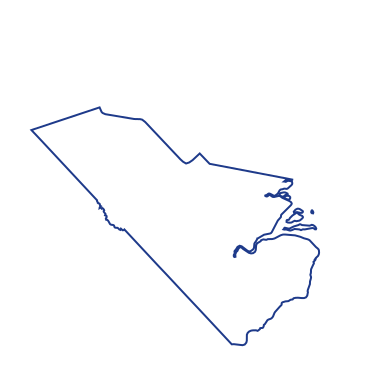 an SVG outline of Western, rotated 317°
{"feature_id": "PNG-1248", "entity_name": "Western", "entity_type": "Province", "adm_level": 1, "iso_a3": "PNG", "parent_name": "Papua New Guinea", "parent_adm1": "", "projection": "equal_earth", "projection_center": [142.614, -7.162], "detail": "fine", "context": "isolated", "style": "outline", "palette": "blue", "viewbox_px": 384, "rotation_deg": 317, "n_neighbors": 0, "source": "natural_earth", "source_scale": "10m", "svg_char_len": 5439}
<svg xmlns="http://www.w3.org/2000/svg" viewBox="0 0 384 384"><g transform="rotate(317 192 192)"><path d="M115.7,140.2L115.5,139.3L115.8,138.7L116.2,138.2L116.4,137.5L116.3,137.1L115.8,136.5L115.7,136.1L115.7,135.8L116.0,135.7L116.2,134.2L116.7,133.4L116.9,133.3L116.9,125.8L116.9,109.6L116.9,95.6L116.9,82.4L116.9,64.0L116.9,61.1L116.9,52.2L116.8,38.2L116.8,37.2L118.4,37.9L182.1,67.1L180.5,71.7L180.5,73.2L181.7,76.0L199.5,99.2L203.7,103.3L204.9,105.1L205.5,108.8L205.8,160.1L206.1,163.8L207.1,167.1L210.1,168.5L214.1,169.1L223.9,169.1L224.1,183.4L273.8,251.3L273.7,251.4L272.7,251.1L271.9,249.9L271.2,248.5L270.4,247.6L269.5,247.3L266.5,247.1L266.8,247.4L267.2,248.2L267.5,248.5L268.0,248.7L268.9,248.9L269.3,249.0L270.3,249.7L272.3,252.4L271.4,253.9L270.5,254.6L269.4,254.8L264.5,254.7L263.5,254.4L263.1,254.0L262.2,252.9L261.7,252.4L259.9,251.6L259.4,251.2L258.4,250.6L257.1,250.6L253.7,251.7L250.7,251.4L249.8,251.1L249.2,250.2L248.3,247.6L247.7,246.1L246.9,245.4L245.9,245.2L244.5,245.2L244.4,245.0L243.8,244.7L243.2,244.5L242.9,244.9L243.1,245.5L243.4,246.0L243.8,246.4L244.4,246.6L246.5,246.9L247.1,247.5L247.3,249.3L247.7,250.6L248.6,251.6L252.9,254.1L253.6,255.1L254.1,257.9L257.1,265.1L257.5,266.9L257.2,268.3L256.3,268.9L255.2,269.1L241.8,269.5L241.3,269.8L239.8,271.0L235.3,271.4L222.9,275.8L221.7,275.9L220.8,275.6L215.6,272.4L208.9,270.9L208.7,270.9L208.1,270.5L207.3,271.0L204.6,271.8L203.6,271.9L202.4,272.3L199.5,274.9L198.3,275.5L197.3,275.6L194.9,275.3L193.8,274.9L193.0,274.0L192.5,272.7L191.3,265.6L190.2,263.8L187.9,263.2L184.9,264.0L183.0,264.2L182.6,264.4L182.3,264.7L181.9,265.4L181.3,266.0L180.8,266.2L180.2,266.3L179.6,266.6L178.9,267.3L178.6,268.0L178.8,268.6L179.6,269.0L180.8,267.5L181.5,266.9L182.3,266.6L182.7,266.4L183.0,266.0L183.4,265.7L184.2,266.1L184.9,266.1L187.1,265.2L188.6,265.0L189.8,265.3L190.4,266.8L190.5,268.4L192.1,275.2L193.3,277.2L195.0,278.4L197.3,278.7L199.1,277.9L202.6,274.7L204.5,273.9L208.7,274.8L209.6,274.4L211.8,275.3L213.6,277.5L214.1,277.8L215.3,278.2L218.7,281.2L220.7,282.3L227.3,284.1L229.4,285.1L230.9,286.4L237.8,294.0L240.7,298.7L242.3,302.2L244.3,305.4L244.8,306.5L245.1,307.5L245.1,316.7L245.4,319.0L245.4,320.3L244.9,321.4L243.6,323.0L243.0,323.5L242.1,324.1L240.6,324.7L237.6,324.7L236.0,325.1L236.4,325.5L235.8,325.8L234.7,325.9L233.9,326.1L233.4,326.0L233.1,326.0L233.0,326.3L232.8,326.8L232.5,327.3L232.2,327.5L231.4,327.7L226.7,329.6L225.8,330.2L224.5,331.6L223.3,332.6L222.8,332.8L222.2,333.2L221.7,334.0L221.3,335.0L220.8,335.7L219.7,336.5L217.3,337.9L215.4,339.8L209.8,342.7L208.9,343.4L208.5,344.3L205.6,346.4L203.5,346.8L201.6,346.0L200.1,344.6L197.5,341.7L195.7,340.1L193.8,339.0L192.3,339.2L190.9,338.2L190.1,337.9L188.8,337.7L188.0,337.5L185.7,335.7L183.0,334.4L182.3,334.3L181.7,334.5L180.7,335.5L180.1,335.7L178.3,335.7L170.9,336.4L169.8,336.7L166.6,338.2L165.5,338.5L164.2,338.6L163.1,338.4L160.9,337.4L159.7,337.2L155.3,338.3L153.9,338.2L153.5,338.6L152.8,339.1L151.9,339.5L151.2,339.6L150.4,339.2L149.7,338.5L149.0,338.1L148.1,338.6L147.5,338.5L146.4,338.5L145.3,338.3L144.5,336.8L142.3,334.8L140.7,333.7L138.7,333.0L136.7,333.0L134.8,333.8L130.7,338.1L129.0,339.2L126.5,339.5L124.5,338.5L118.8,331.8L117.2,330.5L117.2,322.3L117.2,308.6L117.2,295.3L117.2,282.8L117.1,264.0L117.1,252.0L117.1,249.2L117.1,235.7L117.0,222.5L117.0,203.7L117.0,200.8L117.0,191.9L117.0,181.0L117.0,173.3L116.2,173.4L115.2,172.7L115.0,170.4L113.8,170.9L113.3,169.9L113.3,168.4L113.0,167.3L112.0,166.3L111.5,165.7L111.4,164.9L111.5,164.6L112.0,163.6L112.1,163.2L111.8,162.3L110.7,161.0L110.3,160.2L110.2,159.5L110.3,158.9L110.6,158.0L111.1,155.7L111.0,154.4L110.3,153.9L110.7,152.8L111.5,152.4L112.4,152.2L113.1,151.4L113.1,150.9L112.7,150.3L112.5,149.7L113.0,149.5L113.4,149.4L113.7,149.2L113.8,148.8L113.9,147.0L114.0,146.2L114.4,145.7L115.2,145.6L115.5,145.0L115.7,143.7L115.4,142.6L114.6,142.6L114.6,141.8L114.5,141.1L114.1,140.8L113.5,140.7L114.0,140.3L114.5,140.2L115.1,140.1L115.7,140.2ZM256.1,297.3L257.2,297.7L258.0,298.9L258.4,300.5L258.4,302.1L257.9,303.5L257.2,303.8L256.5,303.2L256.3,301.9L255.9,300.9L255.1,300.2L249.0,296.3L247.8,295.1L247.2,294.7L246.4,294.5L245.7,294.2L245.4,293.6L245.1,292.7L241.8,289.0L238.8,287.9L237.4,287.1L236.9,286.4L235.6,284.1L235.0,283.4L233.9,282.5L233.4,281.7L234.2,281.6L234.9,281.3L235.5,281.4L237.5,284.4L238.3,285.2L242.9,286.6L247.4,288.8L248.5,289.0L249.0,289.2L249.4,289.9L249.9,291.2L255.0,296.8L256.1,297.3ZM244.0,282.2L242.9,281.4L241.4,279.9L240.7,278.4L241.8,277.3L242.5,277.3L242.9,277.6L243.3,278.0L243.7,278.3L244.3,278.3L246.0,277.8L249.5,277.7L254.3,278.5L254.8,279.0L254.9,280.8L255.0,281.8L255.9,283.7L256.3,284.8L256.2,285.7L255.7,286.3L254.7,286.5L252.0,286.4L250.9,286.1L248.4,284.5L247.5,283.1L246.3,282.7L244.0,282.2ZM259.6,279.7L259.7,280.3L260.0,281.2L259.8,281.9L259.2,282.3L258.2,282.2L257.0,281.2L255.1,278.3L252.5,276.8L253.0,275.8L255.6,275.5L257.7,276.1L258.7,277.1L259.3,278.4L259.6,279.7ZM259.7,255.7L260.2,256.6L260.8,258.3L260.4,259.0L259.7,258.5L258.2,257.9L256.0,257.7L254.7,256.8L254.3,255.5L253.8,254.0L254.5,253.2L256.3,253.3L258.6,254.7L259.7,255.7ZM259.0,259.7L259.9,260.5L260.4,261.6L260.3,262.8L259.2,263.8L257.5,263.6L256.4,261.8L255.6,259.8L256.4,258.6L257.8,258.9L258.5,259.3L259.0,259.7ZM267.0,287.1L267.4,287.4L267.4,288.1L266.9,289.6L266.0,290.2L265.3,289.4L265.2,288.4L265.8,287.7L266.4,287.5L266.7,287.2L267.0,287.1Z" fill="none" stroke="#1e3a8a" stroke-width="2"/></g></svg>